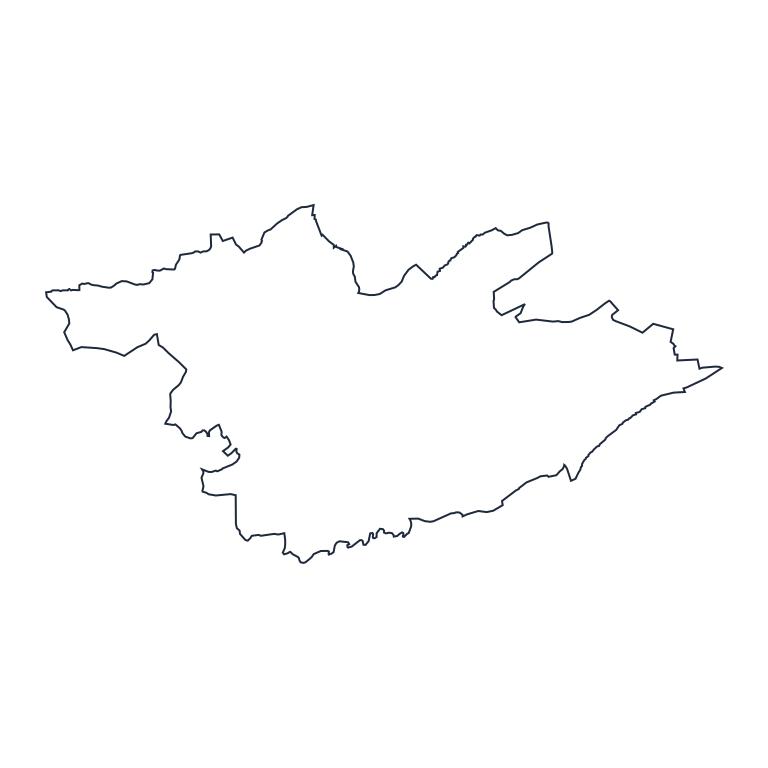 the district of Halmasd, Salaj, Romania
{"feature_id": "2599482B57366951483701", "entity_name": "Halmasd", "entity_type": "district", "adm_level": 2, "iso_a3": "ROU", "parent_name": "Romania", "parent_adm1": "Salaj", "projection": "equal_earth", "projection_center": [22.598, 47.158], "detail": "fine", "context": "isolated", "style": "outline", "palette": "slate", "viewbox_px": 768, "rotation_deg": 0, "n_neighbors": 0, "source": "geoboundaries", "source_scale": "gbopen_adm2", "svg_char_len": 6080}
<svg xmlns="http://www.w3.org/2000/svg" viewBox="0 0 768 768"><path d="M705.9,378.4L721.9,368.0L719.0,366.8L715.0,366.6L702.3,367.7L699.5,368.7L697.5,359.5L677.3,360.5L677.5,354.6L674.7,354.6L673.6,348.0L675.4,346.2L674.3,345.5L673.5,343.9L670.6,341.9L673.2,329.3L653.2,323.8L642.5,332.7L629.7,326.4L616.1,321.3L613.1,319.9L611.8,317.2L611.9,315.8L612.2,314.9L618.1,310.2L610.0,301.1L609.1,300.7L605.0,303.4L596.5,310.0L589.2,314.8L580.0,317.9L571.7,321.6L568.3,322.0L562.2,322.1L558.3,321.1L552.9,321.6L536.1,319.6L519.2,322.3L515.6,317.2L515.8,316.6L520.6,313.2L523.4,306.2L525.0,304.1L501.6,315.2L496.9,311.5L495.6,309.4L494.0,308.0L493.5,300.8L494.0,300.0L494.1,298.4L493.7,291.9L509.6,282.1L511.3,280.5L514.1,279.3L517.4,279.2L519.0,278.4L538.7,262.4L552.0,253.7L552.3,252.9L551.6,246.3L548.5,226.0L548.6,223.5L548.0,222.7L546.4,222.5L537.3,224.5L530.3,227.7L522.2,230.2L518.1,233.1L511.8,234.9L507.2,235.3L504.2,233.7L500.9,230.9L497.8,230.3L495.7,228.1L491.7,230.3L485.1,232.6L482.5,234.6L480.6,234.5L479.6,235.6L476.8,235.1L476.0,235.7L475.7,236.6L474.6,236.9L473.0,238.6L473.0,239.7L469.4,243.4L468.3,242.7L467.0,244.7L466.1,244.7L465.8,246.3L465.4,246.7L463.3,246.3L463.3,248.0L457.8,251.9L458.1,253.1L456.8,253.8L456.3,255.3L454.3,257.3L451.3,258.2L450.3,260.5L449.5,260.6L448.3,262.0L448.2,263.4L447.4,264.4L444.7,265.5L442.8,267.7L439.7,268.7L440.0,270.9L437.6,271.7L437.0,275.2L435.6,275.6L434.6,277.1L433.1,277.1L432.6,278.8L430.9,278.7L416.1,264.7L413.0,266.4L408.6,269.7L404.0,275.9L401.7,281.6L398.5,285.0L395.4,287.3L385.6,290.3L379.8,294.0L374.6,295.0L369.5,295.1L358.3,293.0L359.0,291.5L359.3,289.3L359.0,287.2L355.5,281.8L354.8,276.7L353.3,274.0L352.9,271.7L353.8,266.4L353.3,262.6L350.6,255.7L347.5,251.5L341.2,249.4L341.9,248.9L336.5,247.1L336.1,245.8L333.8,247.7L333.8,244.9L329.1,241.4L322.5,234.7L321.6,235.6L316.3,221.8L315.7,219.4L314.5,219.0L314.7,215.0L312.2,215.2L313.6,205.1L306.7,206.9L301.5,207.2L296.9,209.3L288.0,215.8L287.5,216.8L286.0,218.2L282.2,220.0L277.2,223.4L270.5,229.5L267.9,230.4L264.4,232.5L261.5,239.5L262.0,240.9L261.6,241.3L261.5,242.7L259.4,245.5L250.0,248.7L246.0,250.6L244.0,252.6L238.8,246.6L236.0,244.5L232.6,237.6L222.8,241.0L219.2,234.4L210.7,234.5L211.1,246.4L210.7,247.7L209.3,249.8L206.7,251.3L203.2,251.4L200.6,252.6L198.1,251.4L194.9,251.5L193.8,252.5L191.9,253.2L180.4,254.9L180.0,255.5L179.3,259.6L175.9,264.8L175.1,268.5L174.3,269.5L166.4,269.2L163.9,268.5L159.8,270.7L156.0,270.4L155.1,269.9L152.6,270.4L152.4,272.2L153.1,272.8L152.4,279.3L149.3,283.1L143.6,284.5L139.6,284.2L137.2,284.9L134.9,284.5L126.7,281.4L121.7,281.1L116.1,283.7L114.7,285.2L110.9,287.6L108.6,287.7L102.0,286.7L97.8,285.5L93.8,285.2L90.9,284.5L88.7,283.2L87.4,283.2L84.4,284.0L82.1,283.6L79.3,285.3L79.4,290.1L79.0,290.2L72.6,289.9L71.2,290.4L69.3,289.0L68.1,289.7L67.9,290.3L62.9,290.3L60.7,291.1L58.5,290.3L52.5,290.4L51.5,291.0L51.2,291.7L46.1,292.3L46.8,297.0L56.6,307.2L63.4,309.5L64.9,310.5L67.6,314.7L68.9,319.3L69.3,323.5L64.2,332.2L67.6,340.1L70.4,344.6L73.0,350.3L81.3,347.1L96.8,348.1L104.2,349.1L116.4,352.6L124.2,355.9L137.4,347.2L145.7,343.7L149.3,340.4L154.1,334.8L156.9,334.1L158.7,345.0L162.8,347.4L168.9,353.4L178.8,362.0L186.3,369.4L185.9,371.9L183.0,376.9L181.0,382.2L178.9,385.0L173.0,389.9L170.4,393.5L170.2,394.4L170.7,400.8L170.5,407.0L171.1,411.4L169.0,417.8L166.6,420.9L165.3,423.7L173.3,425.0L175.4,424.4L179.9,428.3L181.6,430.8L182.4,433.1L185.3,436.6L190.5,438.4L192.6,438.1L196.6,433.2L201.4,431.9L202.4,430.5L204.1,430.3L206.0,431.7L207.6,434.4L207.5,435.9L209.1,436.1L208.9,432.2L210.0,430.3L216.7,425.6L218.9,424.8L221.6,431.7L221.4,435.0L222.1,436.1L223.4,437.5L224.6,438.0L226.6,436.6L229.0,440.2L230.6,444.5L228.2,447.4L223.0,451.1L227.8,455.7L231.5,453.1L235.8,448.7L236.6,448.9L236.4,451.7L237.4,453.4L239.4,454.6L239.2,457.7L236.6,461.5L232.4,464.5L222.5,468.5L221.9,469.3L217.3,471.3L215.8,470.6L211.6,472.0L208.6,471.9L202.0,469.3L203.4,471.5L203.3,473.5L201.5,477.7L203.5,486.3L202.4,490.9L202.7,491.7L206.4,492.8L208.7,494.3L215.9,495.5L230.6,494.1L235.7,495.2L235.9,523.8L236.8,528.1L239.6,530.6L240.0,533.9L245.3,539.9L247.7,540.7L250.2,538.3L251.8,535.8L258.7,534.9L260.8,535.8L274.0,533.9L278.4,534.5L284.3,533.2L285.2,540.0L285.2,544.3L284.8,548.1L282.8,552.6L284.1,554.3L287.6,553.3L290.0,551.8L290.5,552.0L292.7,554.2L298.2,557.2L298.9,558.1L299.3,560.0L300.6,562.3L303.5,562.9L305.5,562.3L309.8,558.8L311.9,556.8L313.7,554.1L320.8,551.0L327.8,550.9L328.9,551.6L328.6,554.2L328.9,554.6L331.4,553.7L333.6,552.1L334.8,545.6L335.7,544.1L336.7,542.7L339.4,541.3L348.0,542.2L349.2,544.1L347.3,545.2L347.5,547.1L348.1,547.6L351.7,546.6L360.1,540.1L361.7,540.2L362.7,541.0L363.4,544.7L365.5,544.9L368.6,541.2L370.2,533.4L372.4,533.0L373.1,534.0L372.8,537.3L373.3,538.1L374.6,538.3L376.6,537.0L376.6,533.3L380.0,528.8L383.0,529.2L384.1,530.8L384.0,532.6L385.9,533.4L388.9,532.7L391.9,533.1L393.6,535.1L393.8,536.6L397.2,536.0L399.7,533.8L402.1,532.4L403.2,533.0L403.5,534.4L402.8,536.2L403.1,536.8L404.1,536.9L407.4,533.6L408.7,533.1L411.2,526.3L411.2,523.1L410.4,520.3L409.5,518.8L418.2,518.6L424.7,521.1L430.1,521.8L433.3,521.3L451.2,513.3L453.8,513.2L456.3,512.3L459.5,512.5L462.4,514.7L462.6,516.4L467.2,514.3L478.3,511.0L486.7,512.1L493.3,510.7L502.7,505.1L502.0,501.0L515.7,490.6L518.9,488.9L519.0,488.2L520.1,487.3L526.5,482.4L537.5,477.9L540.4,476.3L547.1,475.5L548.5,476.8L556.4,475.2L559.8,471.3L562.6,469.1L564.1,466.1L564.2,464.9L565.0,465.5L567.0,468.7L571.0,480.8L575.5,478.8L578.6,472.3L580.2,470.0L581.0,467.0L582.0,466.0L582.1,463.9L584.5,459.8L585.6,459.1L586.1,457.7L588.3,456.2L588.5,454.9L590.3,452.7L592.3,451.6L593.7,449.6L597.2,446.4L599.2,445.9L599.8,444.2L605.4,439.5L605.7,438.2L607.5,436.4L616.2,429.9L619.3,425.3L622.3,423.9L622.9,422.6L625.8,420.3L628.3,419.6L628.8,418.6L630.6,417.8L632.8,415.4L636.1,414.3L635.8,413.0L639.7,411.9L641.7,409.2L645.2,408.2L645.2,407.2L645.7,406.7L650.4,404.6L650.9,403.6L654.6,401.6L653.8,400.3L656.3,399.1L660.9,395.7L673.7,392.6L684.9,392.0L683.5,388.4L686.8,387.4L705.9,378.4Z" fill="none" stroke="#1e293b" stroke-width="2"/></svg>